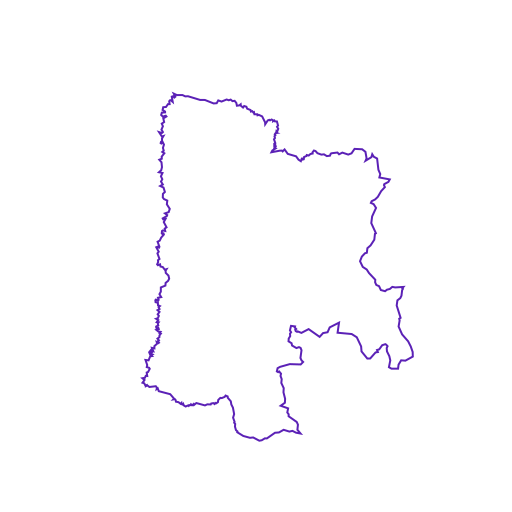 outline of Mpika, Muchinga, Zambia, rotated 158°
{"feature_id": "96606910B87532559916375", "entity_name": "Mpika", "entity_type": "district", "adm_level": 2, "iso_a3": "ZMB", "parent_name": "Zambia", "parent_adm1": "Muchinga", "projection": "orthographic", "projection_center": [31.827, -12.049], "detail": "fine", "context": "isolated", "style": "outline", "palette": "violet", "viewbox_px": 512, "rotation_deg": 158, "n_neighbors": 0, "source": "geoboundaries", "source_scale": "gbopen_adm2", "svg_char_len": 6143}
<svg xmlns="http://www.w3.org/2000/svg" viewBox="0 0 512 512"><g transform="rotate(158 256 256)"><path d="M339.4,99.6L335.2,93.9L329.7,89.7L326.6,88.8L322.1,83.5L319.7,83.0L316.1,83.6L314.2,82.8L304.6,85.0L300.8,83.8L295.5,84.5L290.8,80.7L287.7,80.2L285.1,77.2L281.2,74.7L282.7,79.4L280.3,83.9L280.4,86.8L285.8,95.2L285.0,97.0L285.6,99.2L283.3,102.7L289.2,107.9L284.2,109.1L282.5,112.7L281.6,119.3L279.8,123.1L280.1,128.8L278.3,132.2L278.2,135.6L276.9,137.5L277.8,140.3L279.0,140.0L279.9,141.2L278.0,143.9L275.2,144.2L265.2,143.1L255.2,138.7L252.0,140.1L252.9,142.2L253.0,144.8L249.1,151.6L249.1,154.1L250.3,155.4L253.0,155.5L256.1,159.5L255.7,161.8L257.8,164.7L256.6,167.2L254.3,168.9L253.6,171.2L252.0,172.2L252.4,174.3L249.7,178.1L246.2,176.1L246.9,175.3L246.1,173.3L247.2,173.0L247.3,171.5L246.3,170.3L245.6,170.5L242.7,167.7L234.6,168.5L227.3,157.2L222.7,159.4L218.2,158.5L214.4,162.2L204.0,163.1L209.1,154.3L196.5,147.8L193.0,142.9L192.4,132.8L193.9,128.0L191.2,119.2L188.5,118.2L181.3,121.8L179.0,121.3L179.0,123.5L176.7,123.3L172.4,126.0L169.1,125.8L168.5,125.0L167.8,123.1L169.3,121.7L170.3,118.5L169.9,113.2L170.6,108.9L174.4,103.1L172.6,100.8L166.5,98.3L164.5,101.9L160.5,104.9L156.7,103.0L148.3,104.0L146.7,108.3L146.4,114.2L146.9,119.9L149.9,128.6L150.2,137.2L147.0,142.4L146.7,144.2L145.1,144.5L144.1,157.4L141.5,161.9L138.0,162.9L136.0,164.7L133.3,169.6L132.1,170.5L132.4,171.3L130.9,172.1L138.7,174.7L141.2,176.3L144.3,175.3L147.2,175.7L149.5,175.0L153.0,177.7L153.2,181.9L155.3,184.1L155.4,187.0L154.3,189.3L157.6,197.8L158.4,202.0L161.1,205.9L161.5,212.2L158.1,215.8L154.0,217.7L152.0,217.5L149.8,221.5L145.8,222.9L140.2,226.8L137.4,232.0L136.3,232.2L136.8,243.3L133.5,249.2L126.7,255.6L127.5,260.0L129.6,262.2L128.2,263.5L124.4,263.8L120.9,265.2L115.6,269.3L110.7,271.6L110.8,273.8L110.1,274.6L105.5,275.1L103.3,276.9L112.2,282.6L110.1,285.4L110.2,290.1L107.2,301.0L109.6,303.9L110.1,306.8L112.0,304.4L118.7,303.3L116.9,305.1L115.5,311.6L117.6,315.2L124.5,318.4L129.0,315.4L132.5,315.5L137.2,319.5L140.9,319.2L141.7,321.4L147.2,322.9L148.3,322.9L149.9,321.3L152.9,322.1L154.9,324.8L157.4,325.5L160.5,328.3L161.5,331.0L162.8,332.1L164.8,330.9L165.1,329.8L167.3,330.2L169.5,329.4L171.1,330.6L171.8,329.8L174.3,329.8L175.5,327.8L176.5,327.9L176.7,329.1L177.0,329.2L178.9,327.1L180.5,329.4L181.5,333.4L188.3,338.8L189.6,344.1L192.1,343.0L192.5,344.0L194.3,344.7L202.8,346.4L201.3,347.7L197.6,348.4L198.4,349.2L196.6,350.2L196.5,351.8L197.7,351.5L197.0,353.3L195.8,353.5L195.6,357.5L194.2,358.3L194.0,360.1L192.7,360.8L193.0,361.8L191.8,362.6L190.6,362.3L191.1,362.8L190.1,364.4L189.5,363.7L187.7,365.6L188.1,367.9L186.7,368.7L186.2,372.9L188.1,373.8L188.2,374.8L189.6,374.6L189.2,375.3L190.4,376.7L192.2,376.5L192.7,377.3L194.3,377.3L198.1,374.7L197.5,376.5L198.0,383.1L200.4,385.7L201.9,385.9L201.7,386.9L204.4,388.0L204.0,390.1L204.7,390.0L205.2,391.7L206.6,391.8L206.4,393.4L209.0,395.9L209.0,398.0L210.8,399.5L212.4,398.5L213.8,401.1L213.4,402.4L215.1,401.9L217.4,402.5L216.9,405.3L217.7,407.9L219.8,408.4L220.9,410.5L222.9,410.6L224.6,412.1L230.1,412.1L232.7,414.4L235.2,412.4L238.1,413.3L244.9,419.8L249.3,421.6L259.2,429.6L261.8,430.5L263.9,432.8L269.1,434.9L271.4,437.3L271.1,433.9L272.4,433.5L273.1,435.2L274.4,435.3L275.5,430.1L276.7,432.4L277.5,432.6L278.5,432.0L279.2,429.2L280.7,429.8L283.6,427.9L286.3,428.7L287.9,426.4L286.2,424.0L286.5,423.2L289.6,424.2L291.1,422.3L290.2,420.2L287.1,419.9L286.8,418.9L290.4,418.3L291.0,414.6L293.8,414.0L293.7,411.2L296.3,408.6L295.9,405.8L297.2,405.3L299.5,407.2L298.5,402.0L296.9,401.9L299.2,400.1L300.1,397.5L301.2,397.5L302.1,396.4L301.6,395.7L299.8,396.3L299.6,393.8L301.8,391.1L302.1,388.2L303.9,387.6L302.5,385.6L306.2,383.5L306.9,381.5L309.6,381.5L308.5,378.3L309.9,373.6L311.7,371.1L314.6,370.0L311.6,368.0L314.3,365.5L314.1,362.3L316.2,360.6L315.6,357.2L318.6,356.8L316.1,354.1L316.5,349.5L319.0,348.5L320.5,345.2L320.0,343.3L317.5,340.6L319.3,337.3L318.3,332.0L320.5,329.4L324.4,329.6L323.0,327.2L323.8,326.4L328.4,325.8L328.3,324.8L326.1,324.2L328.8,322.0L328.2,316.1L330.4,315.6L330.8,313.2L332.8,314.6L333.8,314.4L334.9,312.3L334.6,311.6L333.3,311.6L333.4,310.4L337.0,308.6L339.5,306.3L341.9,306.1L342.1,300.7L342.8,300.1L343.8,301.5L345.2,301.5L344.6,296.4L346.4,295.4L346.6,289.4L348.5,288.8L349.0,287.0L350.8,285.3L350.4,284.2L348.1,284.2L348.5,282.0L346.6,280.7L345.7,277.5L343.9,277.3L345.4,276.2L346.0,274.1L344.5,270.6L345.0,267.5L346.8,265.9L349.9,264.9L351.1,262.5L356.0,262.5L357.6,258.6L359.8,256.8L359.3,253.4L362.5,254.0L362.7,251.8L363.5,251.2L365.1,253.1L365.9,252.7L366.4,250.8L364.5,249.4L365.3,247.1L363.9,245.6L365.5,245.1L365.3,243.0L367.6,242.7L366.4,240.3L369.0,238.8L368.5,236.9L370.3,235.1L372.1,235.2L370.6,233.2L372.7,231.9L371.1,231.0L372.4,230.2L372.6,228.3L375.0,228.0L375.3,227.1L375.2,226.0L373.5,226.0L373.5,224.7L376.1,224.9L374.9,222.7L373.0,221.5L374.3,220.8L373.3,219.7L375.2,218.6L376.0,216.9L378.3,216.3L377.6,214.2L378.8,213.9L378.4,212.0L379.4,211.8L380.3,213.1L380.4,211.8L384.0,210.5L384.8,208.4L386.9,209.8L386.9,206.8L388.2,208.4L391.1,206.8L391.1,206.1L389.3,206.7L388.2,205.8L390.4,205.2L388.9,203.5L390.0,203.4L391.4,204.9L390.0,202.2L391.7,202.6L394.7,199.5L397.4,201.0L397.7,195.7L398.9,193.9L397.0,192.4L396.8,191.2L399.5,188.9L401.0,188.9L401.8,185.5L403.1,186.2L404.6,184.7L407.1,185.2L405.8,182.8L408.7,181.0L407.3,179.8L407.1,177.4L406.0,177.3L406.5,176.6L405.2,176.7L403.9,174.5L397.7,172.8L397.2,171.0L398.0,169.8L396.7,170.1L396.8,167.1L387.3,160.0L385.4,154.4L386.3,154.0L384.9,153.7L384.5,152.6L384.8,150.9L382.6,149.5L381.3,147.2L380.2,147.7L380.5,146.5L379.6,145.6L378.9,146.1L378.9,144.5L377.6,142.8L374.8,142.9L374.5,142.2L373.6,142.7L372.1,142.0L371.7,142.7L370.8,141.5L369.3,142.1L369.3,141.1L366.4,142.0L359.3,136.6L356.7,136.7L353.6,135.3L352.8,136.0L350.7,135.6L349.9,134.3L348.8,135.0L348.3,134.3L346.1,134.7L344.9,136.7L342.2,137.8L341.0,137.1L337.8,137.1L336.5,138.0L334.9,136.4L335.3,135.2L333.8,130.7L334.5,127.6L334.2,124.0L335.5,117.6L337.8,114.7L338.0,110.2L338.7,109.6L338.2,108.1L339.4,105.7L339.8,102.1L338.9,100.3L339.4,99.6Z" fill="none" stroke="#5b21b6" stroke-width="2"/></g></svg>